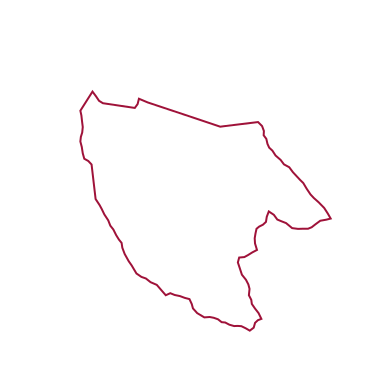 Teodoro Sampaio, Bahia, Brazil (Equal Earth projection), rotated 317°
{"feature_id": "56859067B12292391578023", "entity_name": "Teodoro Sampaio", "entity_type": "district", "adm_level": 2, "iso_a3": "BRA", "parent_name": "Brazil", "parent_adm1": "Bahia", "projection": "equal_earth", "projection_center": [-38.617, -12.264], "detail": "fine", "context": "isolated", "style": "outline", "palette": "rose", "viewbox_px": 384, "rotation_deg": 317, "n_neighbors": 0, "source": "geoboundaries", "source_scale": "gbopen_adm2", "svg_char_len": 1700}
<svg xmlns="http://www.w3.org/2000/svg" viewBox="0 0 384 384"><g transform="rotate(317 192 192)"><path d="M216.8,87.6L212.2,90.6L207.5,91.5L187.4,66.3L186.2,61.9L187.0,56.9L187.7,50.7L165.8,56.4L163.3,60.6L159.8,65.3L156.4,70.0L152.3,73.6L148.3,75.9L144.8,78.9L142.1,83.9L138.5,89.2L135.9,94.2L137.3,98.6L137.3,103.4L116.7,131.4L115.5,138.5L114.4,142.8L112.6,148.6L111.4,155.6L109.3,160.9L108.9,165.8L107.1,171.9L106.1,177.0L105.8,181.2L103.0,185.3L100.5,191.4L98.5,199.5L97.8,204.5L96.9,208.6L95.8,213.7L97.1,219.6L99.3,223.8L100.2,229.7L102.9,235.9L102.6,243.7L102.4,249.6L107.1,251.2L109.1,255.5L112.2,259.9L114.5,264.5L117.1,268.6L115.4,273.8L113.3,277.8L113.2,284.2L115.5,292.1L119.7,295.5L122.1,298.8L124.2,302.8L124.9,307.4L127.3,310.1L128.8,314.5L131.4,318.8L134.1,321.1L136.6,323.8L138.3,328.2L139.7,332.8L144.6,333.3L148.9,330.7L152.8,330.7L156.2,332.1L158.1,325.9L158.6,320.2L159.4,314.7L161.8,311.3L163.2,306.3L168.0,302.1L170.2,298.0L171.6,293.0L172.1,286.5L174.8,280.7L177.5,274.8L181.8,272.1L185.9,275.3L189.8,276.3L194.9,277.3L200.0,278.7L203.0,272.6L206.3,268.6L210.2,265.6L214.1,262.9L217.5,263.1L221.6,264.3L225.7,264.3L229.8,261.1L234.9,258.6L236.3,264.5L235.6,270.3L237.3,274.1L239.6,278.9L240.6,286.7L244.4,291.3L248.3,294.7L251.8,298.0L255.5,299.4L260.1,299.8L266.2,300.5L271.3,303.8L275.3,306.0L276.6,300.5L277.8,293.8L277.6,285.8L277.0,279.4L277.0,274.6L278.1,267.8L279.5,261.3L279.3,257.0L279.3,252.4L279.3,246.4L280.0,240.2L278.1,234.5L278.7,229.0L278.0,222.3L279.0,216.6L278.7,212.2L280.0,208.3L282.6,203.8L283.1,199.4L286.2,196.4L288.2,191.6L288.0,185.9L260.7,166.0L257.2,163.5L247.3,145.2L220.7,96.3L216.8,87.6Z" fill="none" stroke="#9f1239" stroke-width="2"/></g></svg>